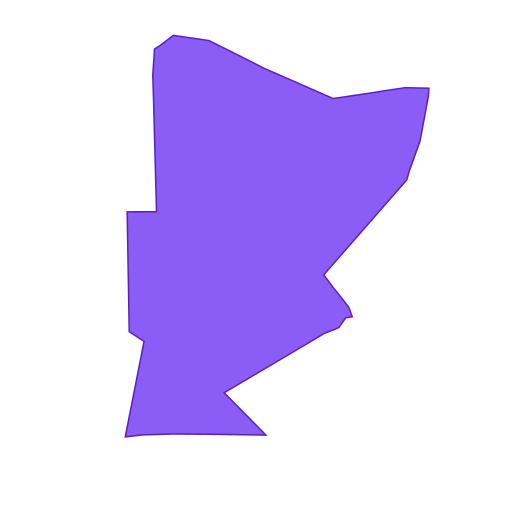 Dom Expedito Lopes, Piauí, Brazil (Albers equal-area conic projection), rotated 281°
{"feature_id": "56859067B17233076889044", "entity_name": "Dom Expedito Lopes", "entity_type": "district", "adm_level": 2, "iso_a3": "BRA", "parent_name": "Brazil", "parent_adm1": "Piauí", "projection": "albers", "projection_center": [-41.693, -6.966], "detail": "fine", "context": "isolated", "style": "filled", "palette": "violet", "viewbox_px": 512, "rotation_deg": 281, "n_neighbors": 0, "source": "geoboundaries", "source_scale": "gbopen_adm2", "svg_char_len": 681}
<svg xmlns="http://www.w3.org/2000/svg" viewBox="0 0 512 512"><g transform="rotate(281 256 256)"><path d="M456.8,132.8L444.0,121.3L439.8,116.9L414.2,120.1L388.5,125.9L280.5,149.9L274.8,121.1L157.5,146.0L150.8,162.4L63.2,162.2L53.5,162.2L58.7,178.7L65.3,207.8L71.5,240.8L82.1,299.9L115.7,250.8L187.7,331.9L193.0,337.7L197.7,345.3L201.6,351.0L212.5,355.9L214.7,362.1L223.4,356.9L234.0,344.7L239.5,338.1L246.1,330.9L250.4,326.1L320.1,366.6L359.5,389.5L368.2,390.2L400.4,395.1L446.3,394.7L453.7,393.7L449.7,370.4L442.7,350.5L438.8,340.0L435.3,330.1L425.3,301.6L441.8,228.1L448.8,203.5L451.9,192.5L458.5,168.6L456.8,132.8Z" fill="#8b5cf6" stroke="#5b21b6" stroke-width="1.5"/></g></svg>